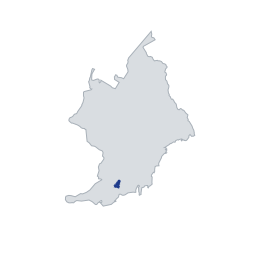 location of San Benito Abad, Sucre, Colombia, rotated 211°
{"feature_id": "7082276B25365830428844", "entity_name": "San Benito Abad", "entity_type": "district", "adm_level": 2, "iso_a3": "COL", "parent_name": "Colombia", "parent_adm1": "Sucre", "projection": "robinson", "projection_center": [-74.976, 8.778], "detail": "fine", "context": "in_parent", "style": "filled", "palette": "blue", "viewbox_px": 256, "rotation_deg": 211, "n_neighbors": 0, "source": "geoboundaries", "source_scale": "gbopen_adm2", "svg_char_len": 5247}
<svg xmlns="http://www.w3.org/2000/svg" viewBox="0 0 256 256"><g transform="rotate(211 128 128)"><path d="M144.1,39.7L142.0,40.7L137.8,41.9L134.9,47.3L132.9,48.2L130.5,51.4L128.7,55.3L127.4,63.3L123.8,70.1L124.1,70.4L125.5,70.1L126.8,69.3L127.3,69.5L127.8,70.7L129.5,71.0L130.8,76.5L133.3,79.3L133.5,80.4L133.9,82.6L133.0,84.0L132.7,89.0L133.5,90.3L135.4,90.8L136.6,93.9L137.4,94.6L138.5,95.1L141.3,94.6L146.2,95.2L147.4,95.1L150.1,94.0L153.6,95.3L156.2,95.5L163.3,105.0L164.0,104.7L164.9,105.2L166.7,104.3L168.2,104.1L170.2,104.6L172.9,104.6L178.2,103.6L179.0,103.1L181.9,103.6L182.8,104.3L183.2,106.1L182.9,107.2L181.9,108.3L181.3,109.7L181.2,111.4L180.7,112.7L179.7,113.5L179.4,114.7L179.6,116.2L179.1,123.4L179.5,123.9L179.8,126.9L181.0,130.7L181.6,131.7L182.7,132.6L184.6,135.8L184.2,136.8L179.3,141.7L179.1,142.8L180.0,142.4L181.5,142.8L182.0,144.0L185.6,147.4L185.6,148.7L186.6,151.3L186.4,151.9L188.9,159.2L189.0,160.7L186.9,161.1L186.8,156.2L186.5,155.2L184.2,150.9L183.7,150.5L182.1,151.0L179.6,154.2L178.3,154.7L177.4,154.3L176.4,152.4L175.7,152.0L175.1,153.6L175.9,155.0L164.4,155.0L162.2,154.4L159.1,155.2L159.1,162.6L164.5,162.7L166.0,164.8L165.9,166.5L166.1,167.1L164.8,167.5L162.9,166.3L159.6,167.7L157.1,168.0L156.9,176.2L158.4,178.2L161.3,180.4L161.7,181.9L161.5,183.3L162.2,185.0L163.2,186.0L163.2,187.0L163.6,188.2L157.9,222.8L155.9,220.6L155.2,218.7L154.2,218.0L152.3,218.6L150.2,217.6L156.9,205.9L156.6,204.8L151.1,202.0L150.5,201.2L147.9,199.7L146.4,200.1L145.6,200.9L143.6,201.1L142.0,199.9L140.0,199.1L137.7,201.1L137.0,201.0L135.3,201.9L133.6,202.2L131.3,201.3L129.4,201.9L128.1,201.8L127.6,201.2L125.9,200.5L125.8,199.7L126.2,198.3L125.5,195.4L125.3,194.9L124.0,194.9L122.5,193.8L122.2,193.2L122.5,192.1L122.3,191.1L120.8,188.8L118.8,188.2L116.9,186.3L115.0,185.6L114.1,184.3L113.3,181.2L111.3,178.8L109.9,178.0L109.4,176.9L108.0,176.7L106.0,175.2L105.2,175.1L104.6,175.8L102.8,175.0L101.2,173.9L99.6,173.6L98.6,172.9L96.7,170.7L94.7,169.6L93.5,170.0L93.1,171.6L92.4,171.9L90.1,171.5L89.7,171.9L89.0,171.8L86.2,170.6L83.4,170.1L82.6,167.4L80.8,166.4L80.3,165.1L79.0,165.2L74.2,162.7L72.2,161.0L70.5,160.0L68.7,158.0L68.4,157.3L67.0,156.1L67.7,154.7L69.3,153.6L71.5,154.4L71.8,152.7L71.0,151.2L71.4,147.8L71.9,147.0L73.1,146.4L73.9,146.6L74.3,146.1L76.1,146.3L76.6,146.1L78.0,144.7L78.6,143.6L79.2,143.7L80.6,141.9L80.4,140.0L81.7,139.6L83.2,136.6L83.8,136.5L84.1,135.1L86.6,130.1L85.7,130.7L84.7,130.3L84.9,128.7L84.6,128.5L83.8,129.7L83.1,128.4L83.3,126.3L82.1,126.7L82.2,126.2L83.8,124.6L84.5,120.9L84.0,119.6L83.6,114.1L83.3,113.0L82.0,111.6L84.1,110.1L84.9,108.9L83.9,106.4L82.7,104.4L82.6,103.1L83.4,103.2L83.7,99.8L83.0,98.5L82.1,98.5L79.3,93.4L78.4,92.4L79.1,90.0L79.9,88.9L79.8,87.1L80.3,87.1L81.5,88.8L82.0,88.6L83.9,87.0L83.9,85.5L85.4,83.9L83.3,78.8L82.6,78.0L83.5,76.3L84.0,76.4L84.8,78.0L86.1,79.1L88.0,82.0L88.9,82.6L88.3,83.3L88.2,83.9L88.4,84.3L89.5,84.4L90.0,83.6L89.7,80.1L89.2,78.4L88.2,77.1L88.5,76.6L90.5,75.7L94.6,72.4L96.1,69.2L97.1,68.1L98.4,67.4L99.9,67.5L101.0,67.1L101.4,66.1L100.6,64.0L101.5,61.0L101.5,59.5L102.0,58.6L101.8,58.2L100.3,59.3L101.9,57.2L103.0,53.9L109.0,48.3L112.9,49.6L114.1,49.6L112.5,50.3L112.3,51.1L112.8,51.9L113.4,52.2L113.9,51.6L115.2,48.3L115.4,46.5L116.0,45.9L116.8,45.7L120.6,46.4L124.3,46.2L130.2,41.4L134.6,39.4L135.7,37.5L136.0,36.0L136.8,35.4L137.6,35.4L138.1,34.6L140.2,33.4L142.4,33.2L144.7,34.3L145.8,36.3L146.0,37.6L144.1,39.7ZM76.2,145.7L75.9,145.9L75.4,145.5L75.2,144.9L75.5,144.5L75.9,144.6L76.2,145.7Z" fill="#d9dde1" stroke="#a8b0b8" stroke-width="1"/><path d="M109.0,71.0L108.8,71.1L108.7,71.2L108.4,71.1L108.2,71.1L108.1,71.4L107.9,71.3L107.8,71.5L107.7,71.5L107.8,71.4L107.7,71.4L107.8,71.4L107.7,71.4L107.6,71.5L107.6,71.9L107.6,72.0L107.6,71.9L107.5,72.0L107.4,72.0L107.4,71.9L107.2,71.9L107.1,71.7L107.1,71.8L106.9,71.8L106.9,72.1L106.7,72.0L106.5,71.9L106.4,71.9L106.5,71.8L106.4,71.8L106.3,72.0L106.3,71.9L106.3,72.1L106.2,72.1L105.9,72.1L105.7,72.1L105.6,72.3L105.5,72.2L105.5,71.9L105.4,71.9L105.3,72.0L105.4,72.3L105.5,72.4L105.5,72.5L105.7,72.8L105.8,72.9L105.7,72.9L105.7,73.1L105.5,72.9L105.5,73.0L105.6,73.3L105.8,73.3L106.0,73.4L106.0,73.5L106.3,73.6L106.5,73.8L106.7,74.0L106.8,74.1L106.7,74.1L106.8,74.2L106.8,74.3L107.0,74.4L107.1,74.5L107.3,74.5L107.2,74.6L107.3,74.7L107.2,74.8L107.3,74.8L107.3,74.7L107.3,74.8L107.3,75.0L107.2,75.0L107.1,75.3L107.1,75.5L107.1,75.8L107.1,76.0L107.0,76.3L107.1,76.5L107.3,76.5L107.5,76.7L107.6,76.8L107.6,77.0L107.5,77.3L107.5,77.5L107.4,77.6L107.4,77.8L107.5,77.8L108.2,78.0L108.1,78.5L108.4,78.5L108.5,78.5L108.5,78.4L108.7,78.2L108.8,78.1L109.0,78.0L109.0,77.9L109.0,77.6L108.9,77.5L108.8,77.3L108.8,77.2L108.7,77.1L108.5,76.9L108.4,76.9L108.5,76.8L108.4,76.8L108.4,76.7L108.3,76.4L108.4,76.2L108.5,76.3L108.8,76.4L108.8,76.2L108.9,75.8L108.9,75.6L108.7,75.5L108.6,75.4L108.6,75.2L108.7,74.9L108.7,74.7L108.8,74.7L108.7,74.6L108.8,74.6L108.9,74.4L108.8,74.2L108.8,73.8L108.8,73.7L108.7,73.6L108.8,73.6L108.7,73.5L108.7,73.4L108.8,73.4L108.8,73.2L109.0,72.9L109.0,72.7L108.9,72.7L109.0,72.7L109.2,72.4L109.3,72.4L109.2,72.3L109.3,72.3L109.3,72.2L109.5,72.0L109.5,71.9L109.6,71.7L109.4,71.7L109.2,71.6L109.1,71.4L109.0,71.2L109.0,71.0Z" fill="#3b82f6" stroke="#1e3a8a" stroke-width="1.5"/></g></svg>